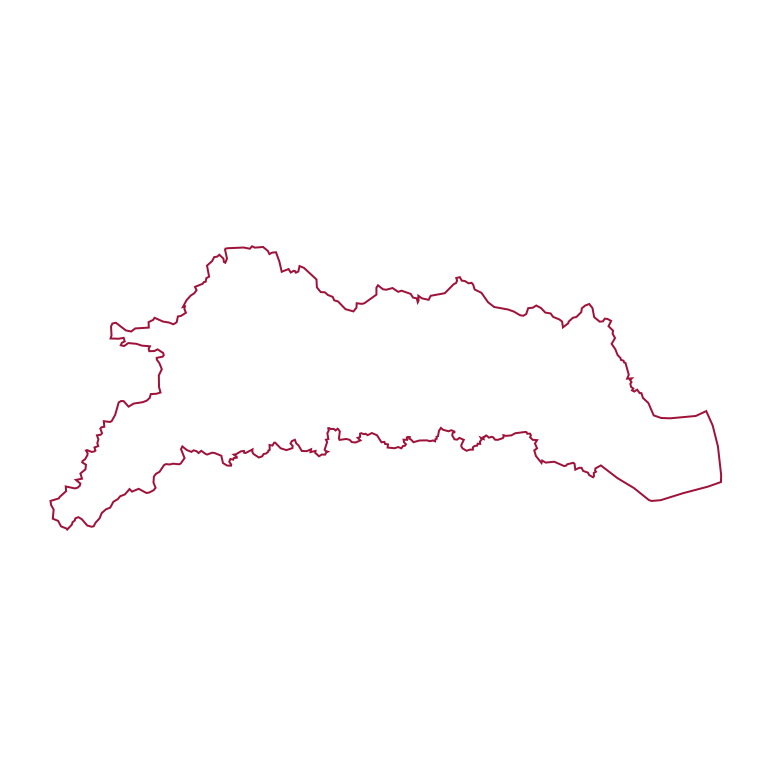 Vondrozo, Atsimo-Atsinanana, Madagascar (Robinson projection), rotated 269°
{"feature_id": "10022922B86038713071830", "entity_name": "Vondrozo", "entity_type": "district", "adm_level": 2, "iso_a3": "MDG", "parent_name": "Madagascar", "parent_adm1": "Atsimo-Atsinanana", "projection": "robinson", "projection_center": [47.287, -22.691], "detail": "fine", "context": "isolated", "style": "outline", "palette": "rose", "viewbox_px": 768, "rotation_deg": 269, "n_neighbors": 0, "source": "geoboundaries", "source_scale": "gbopen_adm2", "svg_char_len": 6115}
<svg xmlns="http://www.w3.org/2000/svg" viewBox="0 0 768 768"><g transform="rotate(269 384 384)"><path d="M244.0,64.7L248.8,69.4L251.4,70.3L252.8,72.4L255.0,73.0L256.2,76.1L254.1,79.5L247.7,84.8L246.4,89.1L246.8,91.2L250.5,93.3L254.7,97.3L259.9,99.5L263.6,103.9L265.2,108.1L271.0,111.4L273.5,115.8L276.4,118.3L278.1,123.0L283.4,127.7L280.8,130.2L283.5,136.9L279.2,144.5L279.6,147.4L281.8,151.8L284.2,153.8L289.5,151.8L295.4,152.3L298.1,154.3L300.1,158.0L306.8,162.7L307.7,164.6L307.3,168.4L308.0,171.7L307.3,177.9L308.1,179.4L313.4,183.3L322.4,179.9L325.1,181.3L321.4,185.7L319.5,190.2L321.0,192.5L320.1,195.4L318.2,197.4L320.4,200.1L316.9,204.8L316.6,206.2L318.3,210.8L318.0,213.3L315.1,220.1L307.8,221.6L305.2,225.7L305.0,229.6L306.2,229.8L308.9,227.9L311.7,229.1L311.0,231.9L312.5,232.4L312.9,235.5L313.8,235.4L316.0,232.6L316.4,234.9L319.2,239.8L319.5,242.8L317.8,242.9L317.4,244.4L320.9,251.4L318.6,251.1L316.3,252.3L312.7,257.6L313.8,261.0L316.1,262.4L316.5,264.8L318.4,267.2L319.5,267.2L320.2,268.6L325.0,268.5L324.4,271.4L327.2,273.1L327.3,274.1L321.5,279.6L319.6,285.3L321.5,291.3L323.7,291.6L326.1,289.5L328.5,290.9L329.8,293.9L326.2,295.2L324.2,297.4L318.5,300.6L318.2,305.6L320.0,309.9L317.2,309.3L318.3,314.4L316.4,314.0L312.9,317.7L314.6,320.8L314.4,323.8L316.6,325.1L317.3,326.6L318.2,324.3L319.4,323.5L326.9,326.1L329.3,325.0L329.9,327.4L335.8,326.5L338.3,327.9L340.8,327.5L340.9,328.3L339.9,330.1L340.0,332.9L338.4,334.8L340.1,336.9L339.5,337.6L337.3,339.0L330.4,338.0L328.9,338.6L329.7,345.2L328.8,348.7L326.5,350.7L326.0,354.4L328.0,359.5L330.6,356.8L331.5,359.2L334.8,359.2L335.2,360.5L334.1,363.1L334.6,364.7L333.1,366.8L335.2,371.0L332.9,376.1L325.8,380.4L326.1,383.4L324.1,384.0L323.6,386.9L320.4,386.5L319.6,393.3L320.7,397.1L319.4,400.2L321.6,401.9L321.9,403.8L323.3,404.9L325.4,403.0L328.0,402.6L327.8,406.0L330.1,405.9L330.7,406.8L330.5,408.8L328.9,408.2L328.3,409.7L325.3,412.5L326.9,418.5L326.9,426.0L326.0,428.8L326.7,432.0L325.8,434.1L328.0,434.5L328.3,435.7L330.3,435.6L330.9,437.1L336.1,438.1L339.1,440.1L337.2,442.3L335.6,447.7L336.6,450.4L335.2,453.6L334.5,453.6L333.8,451.8L331.5,451.3L327.5,453.5L327.1,456.2L328.8,458.4L326.8,462.8L321.5,460.2L320.0,460.3L318.1,461.6L315.8,465.4L316.9,468.7L316.8,471.7L319.2,471.8L320.5,473.6L320.7,476.0L322.7,476.6L322.4,479.1L324.7,478.9L326.8,480.7L328.6,479.8L327.2,482.7L329.3,482.5L329.5,483.9L330.6,484.6L330.7,485.6L328.5,488.0L329.3,490.5L328.8,492.2L326.4,494.0L326.2,496.9L327.8,501.8L328.8,502.6L330.7,502.5L330.0,505.0L330.4,510.4L332.5,514.5L333.6,524.6L333.3,525.7L331.8,526.3L331.8,529.2L330.0,530.0L328.2,529.1L325.6,531.7L325.2,536.1L321.9,533.9L317.0,535.9L315.0,533.1L309.4,534.6L302.3,540.1L304.7,540.8L302.6,544.3L303.3,552.9L298.8,562.7L299.2,564.7L300.5,565.7L301.9,571.9L300.9,573.1L295.0,573.8L296.8,577.8L296.7,580.1L293.6,581.6L291.8,586.4L289.4,587.5L287.1,591.4L288.0,592.3L291.4,592.2L292.6,594.4L293.7,593.6L295.9,593.9L298.8,599.4L285.8,615.8L275.6,632.1L263.3,646.9L262.4,649.5L263.0,658.6L269.6,681.1L275.7,706.0L280.1,719.2L287.2,719.5L315.7,716.8L336.8,711.9L351.3,705.7L346.6,695.2L344.7,669.6L345.2,660.5L347.9,653.1L360.4,648.0L365.5,642.7L370.4,641.2L370.4,639.5L373.9,637.0L372.1,634.1L373.3,631.9L375.1,633.2L376.8,631.0L379.9,630.3L381.6,631.5L383.7,630.1L385.3,631.8L385.1,627.2L389.0,628.9L400.9,625.8L401.3,624.5L403.1,623.9L404.0,621.3L405.9,620.9L408.8,618.1L414.7,615.9L420.2,612.3L425.9,615.8L430.4,613.4L433.3,614.0L437.9,609.5L443.1,612.2L445.1,608.7L445.5,605.9L442.8,604.0L442.6,600.7L447.2,595.3L456.2,593.8L460.4,590.6L458.9,586.5L456.2,583.1L452.4,582.5L447.7,577.6L446.9,574.0L443.1,569.7L441.5,569.3L437.5,563.9L443.3,563.2L445.4,560.6L448.2,554.2L451.6,551.9L452.6,546.5L457.2,542.3L459.8,537.6L457.7,534.2L457.3,529.5L451.4,527.4L449.8,524.4L450.4,521.2L454.1,515.2L456.3,509.4L459.1,495.4L464.0,489.4L473.5,483.0L476.9,476.3L481.7,474.9L483.6,473.4L483.2,470.3L485.6,466.5L486.0,463.5L489.5,461.7L488.7,458.1L486.1,458.9L483.7,457.8L482.6,455.5L473.7,446.3L471.4,432.2L467.4,430.1L469.0,423.4L471.6,419.9L466.7,420.0L465.1,419.2L469.1,418.2L469.9,414.5L473.6,412.3L477.0,403.1L475.9,399.8L479.8,394.2L478.2,387.8L478.8,384.5L482.8,379.7L480.4,378.1L473.5,378.0L465.1,365.8L464.5,363.3L465.2,358.1L460.8,357.8L457.1,354.7L459.5,346.8L467.4,339.4L468.5,335.7L472.0,334.2L474.0,329.4L476.7,326.5L477.0,322.3L481.8,318.6L489.7,318.3L501.5,306.0L503.4,301.6L498.0,300.3L497.0,298.4L496.9,297.6L498.3,297.2L498.8,295.8L497.1,292.7L500.6,290.6L498.0,283.7L508.3,281.5L517.6,278.3L517.3,274.4L515.9,271.7L519.1,270.2L523.1,265.5L522.6,257.2L524.0,254.5L521.6,252.2L522.9,246.1L522.5,230.3L522.1,227.9L521.1,227.4L512.1,229.2L508.0,227.4L508.8,226.1L512.2,225.6L516.1,221.6L514.3,219.5L513.8,216.4L509.9,214.3L505.5,209.1L494.4,211.0L492.9,208.2L489.4,207.5L489.0,205.6L487.4,204.5L484.4,196.7L481.1,198.2L478.1,196.0L475.8,192.3L471.2,188.0L464.5,184.3L465.0,186.3L462.5,185.7L458.7,187.2L455.7,182.3L455.1,179.1L449.5,177.8L448.4,176.4L447.4,174.3L449.1,170.5L450.3,164.1L454.2,155.7L452.1,154.3L450.0,149.7L444.5,149.8L443.9,136.3L440.9,132.1L442.1,126.8L449.9,117.0L449.2,113.5L446.4,112.1L437.2,112.4L434.3,111.4L433.9,119.5L434.7,124.5L431.1,125.5L429.8,122.6L427.3,121.5L426.5,124.8L429.4,129.0L428.5,137.1L426.6,142.6L425.8,150.6L423.3,149.3L420.9,149.9L421.0,155.0L422.6,158.2L418.9,163.7L416.6,164.3L415.2,163.2L414.1,157.2L412.3,157.3L408.7,159.8L402.7,162.1L396.5,159.0L384.9,159.0L379.4,160.4L378.2,156.2L378.0,150.6L374.2,149.5L371.5,146.5L370.0,142.3L368.8,133.4L365.8,128.2L371.4,123.4L371.6,120.9L370.2,118.4L357.9,114.7L351.7,111.1L350.8,109.5L351.7,103.2L346.1,103.6L345.6,100.6L344.4,99.6L339.7,101.2L338.2,99.9L337.7,96.1L333.5,97.5L329.9,96.3L326.9,97.2L325.6,93.4L322.4,94.3L321.6,93.1L321.2,90.5L323.1,85.9L322.7,84.9L319.9,86.5L317.8,86.1L314.0,83.8L312.2,81.2L310.9,80.9L308.5,84.6L303.9,84.0L299.8,78.9L294.6,80.4L293.5,74.3L289.7,78.7L287.5,78.0L285.6,75.7L285.0,73.1L287.1,64.0L282.4,64.3L276.9,57.9L275.3,56.9L272.9,48.5L268.6,49.1L264.3,51.5L255.1,50.5L252.8,55.8L247.3,58.6L245.0,64.1L244.0,64.7Z" fill="none" stroke="#9f1239" stroke-width="2"/></g></svg>